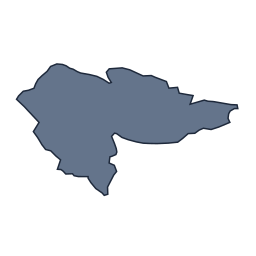 Stepanavan, Lori, Armenia (Equal Earth projection), rotated 178°
{"feature_id": "60910142B48694121515271", "entity_name": "Stepanavan", "entity_type": "district", "adm_level": 2, "iso_a3": "ARM", "parent_name": "Armenia", "parent_adm1": "Lori", "projection": "equal_earth", "projection_center": [44.342, 41.021], "detail": "fine", "context": "isolated", "style": "filled", "palette": "slate", "viewbox_px": 256, "rotation_deg": 178, "n_neighbors": 0, "source": "geoboundaries", "source_scale": "gbopen_adm2", "svg_char_len": 1403}
<svg xmlns="http://www.w3.org/2000/svg" viewBox="0 0 256 256"><g transform="rotate(178 128 128)"><path d="M144.7,187.8L147.7,184.5L146.1,179.3L143.1,174.1L145.3,173.4L151.0,177.4L157.3,180.7L164.8,182.8L173.4,184.6L176.7,186.1L180.8,188.7L184.2,189.8L187.6,192.3L191.3,193.8L196.9,194.5L203.2,192.2L206.9,187.4L212.1,183.3L216.2,179.6L218.7,175.5L220.6,171.0L226.1,169.2L231.4,168.4L236.2,163.9L238.4,160.6L230.9,153.0L226.6,148.0L224.1,145.2L223.1,144.0L216.7,136.7L222.7,127.7L218.7,121.7L217.0,118.7L214.6,114.3L211.1,109.4L206.0,107.9L201.0,102.5L196.5,98.5L200.0,89.2L196.4,88.8L194.4,87.2L191.8,84.2L185.1,84.2L183.5,82.2L179.4,81.2L169.6,80.8L169.6,79.2L167.0,74.7L162.3,68.6L156.1,64.0L154.1,61.5L150.5,62.5L150.5,69.7L146.5,76.8L143.9,81.5L140.9,85.0L143.0,91.2L148.1,93.7L147.1,99.8L145.1,100.3L141.0,101.9L140.0,104.4L140.5,108.0L142.1,113.1L144.7,120.2L141.7,123.3L139.6,122.8L134.4,118.8L128.2,116.3L120.0,113.8L113.3,112.3L107.1,111.8L99.4,111.4L88.1,111.5L78.8,112.1L73.7,115.7L68.1,120.3L61.4,120.4L56.8,123.5L52.7,125.1L45.0,123.6L37.3,125.8L26.0,130.1L26.8,131.9L27.7,134.2L26.9,138.7L25.3,141.4L21.0,143.7L17.6,143.6L18.2,147.3L24.3,147.8L41.1,151.3L42.4,151.5L47.2,152.0L50.8,153.2L65.1,149.6L61.8,158.1L75.6,161.0L77.1,166.9L85.7,166.4L88.0,173.1L99.2,177.8L102.9,179.6L111.1,179.5L124.2,186.1L131.7,188.3L144.7,187.8Z" fill="#64748b" stroke="#1e293b" stroke-width="1.5"/></g></svg>